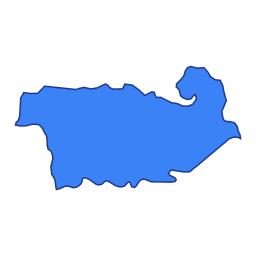 map outline of Kvemo Kartli (Albers equal-area conic projection)
{"feature_id": "GEO-3037", "entity_name": "Kvemo Kartli", "entity_type": "Region", "adm_level": 1, "iso_a3": "GEO", "parent_name": "Georgia", "parent_adm1": "", "projection": "albers", "projection_center": [44.553, 41.504], "detail": "fine", "context": "isolated", "style": "filled", "palette": "blue", "viewbox_px": 256, "rotation_deg": 0, "n_neighbors": 0, "source": "natural_earth", "source_scale": "10m", "svg_char_len": 1798}
<svg xmlns="http://www.w3.org/2000/svg" viewBox="0 0 256 256"><path d="M195.9,166.8L194.2,167.9L191.1,170.7L189.5,171.8L184.3,172.0L171.2,170.0L168.5,172.7L169.7,175.2L174.8,177.7L175.7,179.0L176.2,179.8L174.9,181.6L171.3,182.1L151.3,181.8L145.6,179.5L142.9,179.1L140.0,180.5L138.2,182.8L136.5,185.7L134.5,187.5L131.7,186.7L131.0,185.3L130.5,183.5L129.8,182.1L128.3,182.1L127.4,182.8L124.7,185.9L121.4,186.9L118.3,186.6L115.3,185.5L108.1,181.1L106.4,180.9L104.8,181.4L103.7,182.4L102.7,183.5L101.4,184.4L98.2,184.9L95.7,184.0L89.1,179.3L85.4,177.8L84.0,177.8L82.3,178.9L82.0,180.3L81.9,181.8L81.2,183.6L79.0,185.7L76.3,187.2L73.5,187.7L67.7,186.0L65.0,186.3L59.5,188.7L56.4,189.5L56.3,189.4L55.0,180.0L53.6,177.1L51.8,174.5L50.9,166.5L52.9,158.5L52.4,154.6L51.0,151.2L48.2,149.3L47.2,145.2L47.2,141.2L46.8,137.3L46.2,134.8L45.0,133.7L42.6,128.5L39.1,124.6L32.6,124.2L26.1,125.8L20.1,126.0L15.4,125.0L16.3,122.2L18.2,120.6L19.7,116.2L20.7,98.1L23.9,92.5L29.8,93.5L37.9,93.3L44.6,86.2L75.9,89.5L80.0,88.2L84.3,87.4L90.7,89.0L97.2,87.9L105.4,84.0L107.9,85.2L110.0,87.8L113.1,89.1L122.6,88.9L124.8,84.1L132.2,85.1L138.5,89.6L144.9,95.4L152.0,91.8L154.4,92.4L154.9,95.0L156.7,97.5L160.7,97.3L171.8,102.9L175.1,103.2L178.4,104.0L182.4,105.9L187.6,106.2L192.6,104.5L196.5,98.8L195.2,94.4L193.0,96.1L191.2,98.7L188.1,99.5L184.9,98.7L182.6,97.5L180.5,95.7L179.8,92.5L178.9,89.4L176.3,87.0L176.6,83.8L180.5,80.0L183.7,76.1L185.3,71.0L187.6,67.7L190.5,66.5L197.3,68.1L204.0,67.7L207.5,71.7L210.5,76.6L215.0,79.8L220.2,80.3L222.6,85.2L223.7,91.0L226.3,100.7L221.8,111.4L222.6,116.3L223.6,119.9L226.0,121.4L230.4,121.7L234.6,122.9L237.2,126.5L238.2,131.0L239.3,133.2L240.2,135.5L240.6,138.6L238.1,137.3L233.7,137.1L229.3,138.7L208.8,155.9L195.9,166.8Z" fill="#3b82f6" stroke="#1e3a8a" stroke-width="1.5"/></svg>